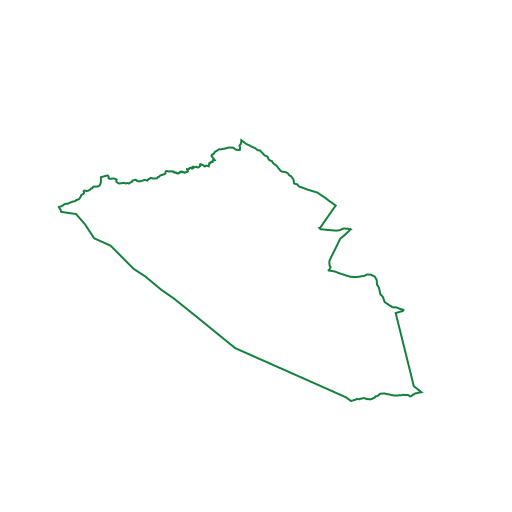 Jaman South Municipal, Brong Ahafo, Ghana, rotated 290°
{"feature_id": "2480657B92052873943163", "entity_name": "Jaman South Municipal", "entity_type": "district", "adm_level": 2, "iso_a3": "GHA", "parent_name": "Ghana", "parent_adm1": "Brong Ahafo", "projection": "equal_earth", "projection_center": [-2.766, 7.621], "detail": "fine", "context": "isolated", "style": "outline", "palette": "green", "viewbox_px": 512, "rotation_deg": 290, "n_neighbors": 0, "source": "geoboundaries", "source_scale": "gbopen_adm2", "svg_char_len": 6038}
<svg xmlns="http://www.w3.org/2000/svg" viewBox="0 0 512 512"><g transform="rotate(290 256 256)"><path d="M359.8,202.6L357.4,203.3L356.3,203.4L354.3,202.8L354.0,202.8L352.6,203.9L350.2,204.5L349.7,203.4L349.5,202.1L349.0,201.2L349.1,200.1L350.0,197.8L349.9,197.2L349.3,195.3L348.6,193.5L348.0,192.2L347.7,191.8L347.1,191.4L346.9,191.1L346.5,190.2L345.8,189.3L345.6,189.0L345.2,188.0L344.3,186.9L343.7,184.8L341.2,183.0L340.9,182.9L340.7,182.4L340.5,182.2L339.4,181.6L338.1,181.6L337.8,181.5L337.2,180.8L336.6,180.6L336.1,180.0L335.9,179.9L335.6,180.0L335.2,179.8L334.8,180.0L331.9,184.5L331.4,183.8L331.5,182.8L331.2,182.6L330.5,182.7L330.0,182.5L329.8,182.5L329.4,182.8L329.1,181.9L328.7,181.3L328.4,181.1L328.1,181.1L327.9,181.3L327.5,181.4L327.3,181.3L327.1,180.4L324.2,180.9L324.3,180.4L324.1,180.2L324.0,178.7L323.8,178.1L322.8,177.5L322.6,177.0L322.7,176.4L323.2,175.8L323.2,175.6L323.2,174.4L323.4,173.6L323.3,172.6L323.2,172.2L322.9,172.2L322.9,172.4L322.7,172.6L322.3,172.3L322.1,172.3L321.9,172.4L321.8,172.7L321.7,172.8L321.2,172.6L319.6,171.7L319.4,171.4L319.2,170.7L319.4,169.4L319.3,169.1L318.6,168.2L318.4,167.9L318.3,167.6L318.4,166.6L318.3,166.0L318.0,165.8L317.7,165.8L317.0,166.7L316.3,166.2L316.2,165.9L316.6,164.9L316.6,164.7L316.5,164.4L315.9,163.4L315.7,163.4L315.3,163.5L314.9,163.4L314.7,163.1L314.3,162.3L314.0,162.1L314.0,161.8L314.1,161.6L314.1,161.4L313.9,161.4L313.4,162.0L312.6,162.8L312.3,163.1L311.9,163.0L311.3,162.4L310.6,161.1L309.8,160.6L309.7,160.3L310.0,160.0L310.1,159.8L310.1,159.5L309.9,158.7L309.4,158.2L309.3,157.5L309.4,157.3L309.5,157.3L309.9,157.5L310.0,157.4L309.9,157.0L309.7,156.8L309.4,156.1L308.9,156.0L308.3,155.5L307.9,155.6L307.6,155.0L307.0,154.9L306.9,154.0L306.6,153.3L306.6,153.0L307.0,152.8L307.1,152.6L306.9,151.9L307.0,150.8L306.9,150.6L306.5,150.6L306.4,150.3L306.6,149.8L306.9,149.5L307.1,149.2L307.1,148.9L306.9,148.4L306.7,148.1L306.6,147.8L306.5,146.9L305.9,145.8L305.6,145.3L305.5,144.9L305.5,144.2L305.2,142.6L304.0,142.2L303.6,142.3L302.9,142.6L302.6,142.6L301.5,142.1L301.1,141.0L300.1,140.3L299.9,140.0L299.8,139.5L299.4,139.0L298.2,138.1L297.4,137.9L297.0,137.3L296.7,136.9L295.5,136.6L295.1,136.3L293.6,132.7L293.5,132.3L293.5,130.6L293.2,130.2L291.9,129.4L291.4,128.6L289.7,128.1L289.4,125.1L288.8,124.5L287.8,123.3L287.5,122.7L287.1,122.3L286.7,121.8L286.2,120.6L285.9,119.7L285.8,118.7L286.0,118.3L286.5,117.3L286.5,116.8L284.6,114.1L283.8,114.1L283.0,113.9L282.7,113.5L282.3,112.8L281.1,112.2L280.7,112.0L280.6,111.7L280.7,111.0L280.6,110.3L280.2,109.5L279.7,109.1L279.6,108.8L279.6,108.4L279.7,107.2L277.4,102.8L277.3,102.0L277.8,99.8L278.2,99.3L279.1,98.9L280.1,98.9L280.3,98.2L280.3,96.8L279.8,94.7L278.6,92.7L278.5,91.2L278.9,90.7L279.5,90.8L280.4,90.0L281.0,89.1L280.6,88.4L277.0,83.3L273.1,84.8L272.3,84.9L271.1,85.1L269.9,85.1L268.9,84.9L268.1,84.5L267.5,83.8L267.1,83.3L265.8,80.1L265.3,79.4L264.1,79.0L263.7,79.0L263.3,78.1L263.0,77.9L262.7,77.7L261.8,77.6L260.5,76.5L259.0,74.7L259.1,73.7L259.0,73.1L258.8,72.4L258.5,72.0L257.9,71.9L256.5,72.8L255.6,72.7L255.2,72.6L255.0,72.2L253.5,71.0L253.3,71.0L251.7,71.0L249.3,70.4L248.7,70.1L248.3,69.5L247.9,69.2L247.2,68.1L246.9,67.9L246.0,67.6L244.9,66.1L244.5,65.2L241.8,62.2L240.6,61.2L240.2,59.7L239.1,58.2L237.3,57.1L236.1,56.0L234.6,54.0L234.1,54.6L233.9,54.7L232.2,56.9L230.8,57.9L233.9,72.5L227.2,84.6L217.3,97.8L215.9,116.0L202.1,145.3L199.0,158.7L191.8,178.7L187.9,193.5L179.0,219.7L162.3,267.9L154.0,388.8L152.2,395.0L153.1,396.0L153.3,396.5L154.0,397.1L154.6,398.2L156.1,399.6L156.3,400.1L156.4,401.2L156.7,402.0L157.8,403.3L158.1,404.0L158.6,404.5L158.8,405.1L159.4,406.0L159.6,407.1L159.5,408.0L159.3,408.8L159.4,409.1L159.8,409.5L159.8,410.4L160.0,410.6L160.1,410.9L160.3,412.3L160.5,412.7L161.2,413.5L161.6,414.1L161.8,414.4L162.3,414.6L163.4,415.9L164.4,416.0L164.7,416.2L165.0,416.4L165.3,416.9L165.7,417.7L167.3,419.0L168.3,419.2L168.6,419.4L169.0,419.9L169.8,421.4L169.9,421.9L170.6,423.1L170.9,424.2L170.8,425.2L171.1,426.1L171.2,427.2L171.5,428.7L171.7,431.5L172.0,432.2L172.0,432.7L172.2,433.8L172.9,435.3L173.1,436.5L173.7,437.2L174.1,438.0L174.6,439.7L174.8,440.1L175.9,441.8L176.2,442.6L176.2,443.5L176.7,444.6L177.3,446.4L177.2,447.3L176.9,448.5L176.9,449.3L177.4,449.9L177.8,450.0L178.3,450.4L179.2,450.8L179.9,451.7L180.8,452.2L181.5,452.8L181.9,453.6L182.0,454.1L182.5,454.5L184.6,458.0L187.7,448.7L198.1,441.8L249.7,407.1L250.2,406.8L254.5,412.7L255.6,413.1L255.8,412.4L255.8,412.0L255.7,411.2L255.8,410.3L255.6,409.8L255.5,408.7L255.7,408.0L255.7,406.2L255.7,405.1L255.3,404.3L254.6,402.0L254.5,401.3L255.0,400.4L255.2,399.2L255.1,398.8L256.6,393.3L256.7,392.6L260.8,389.4L262.7,386.1L262.8,386.0L262.7,385.9L267.9,382.6L270.0,380.3L270.2,379.7L274.7,377.6L277.3,374.6L277.7,370.0L276.4,366.3L275.0,365.2L274.3,364.6L273.3,362.5L271.7,359.9L269.8,355.7L269.5,354.0L268.9,352.4L268.7,351.3L268.8,349.6L268.4,347.9L268.6,346.0L268.3,342.5L268.3,338.2L268.4,335.8L268.1,333.3L267.9,332.4L267.1,328.4L267.9,329.5L268.2,329.7L271.2,329.8L271.9,328.7L272.3,328.4L272.9,328.1L273.9,327.6L275.0,327.1L276.1,326.8L277.4,326.7L301.2,329.3L306.1,332.2L309.3,333.8L310.8,334.7L312.9,335.3L313.4,335.9L313.6,335.4L313.1,335.0L312.9,334.3L313.1,333.0L312.9,332.3L312.4,331.2L312.1,329.6L311.2,328.1L309.8,326.8L308.6,325.4L307.4,323.0L307.0,321.7L305.1,314.8L304.1,310.9L303.8,309.2L303.4,308.5L303.3,307.8L303.4,306.9L304.0,306.0L304.3,306.6L330.7,313.6L332.6,306.6L334.4,300.9L335.6,295.8L336.6,292.2L336.0,281.2L336.1,275.6L336.0,272.8L336.9,271.1L337.5,270.4L337.1,267.4L337.5,266.7L340.4,265.3L340.9,264.8L343.0,261.7L343.1,260.0L343.2,259.7L344.7,257.5L344.8,256.4L344.9,255.3L344.6,253.5L344.3,251.7L344.2,251.1L344.4,250.0L347.3,245.4L348.1,243.8L348.3,243.2L348.6,241.8L348.9,240.8L349.3,240.1L350.6,238.5L350.6,236.1L350.9,235.5L351.1,234.9L353.2,232.9L353.4,231.5L353.5,229.9L353.6,229.3L353.9,228.8L354.3,228.2L356.6,223.5L355.9,221.4L357.2,218.0L357.1,216.4L357.3,214.0L357.7,211.7L357.9,209.1L358.0,208.4L359.8,202.6Z" fill="none" stroke="#15803d" stroke-width="2"/></g></svg>